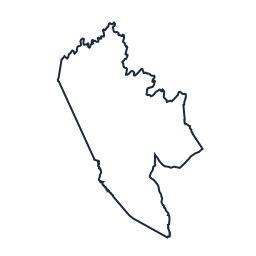 the district of Mazabuka, Southern, Zambia, rotated 9°
{"feature_id": "96606910B8169685936662", "entity_name": "Mazabuka", "entity_type": "district", "adm_level": 2, "iso_a3": "ZMB", "parent_name": "Zambia", "parent_adm1": "Southern", "projection": "equal_earth", "projection_center": [27.75, -15.894], "detail": "fine", "context": "isolated", "style": "outline", "palette": "slate", "viewbox_px": 256, "rotation_deg": 9, "n_neighbors": 0, "source": "geoboundaries", "source_scale": "gbopen_adm2", "svg_char_len": 5702}
<svg xmlns="http://www.w3.org/2000/svg" viewBox="0 0 256 256"><g transform="rotate(9 128 128)"><path d="M180.3,88.5L179.9,86.3L179.8,86.0L179.7,86.1L179.3,85.6L178.7,85.3L177.1,85.9L176.4,85.5L175.6,85.3L174.2,84.3L173.7,84.1L173.2,84.3L172.6,84.7L172.2,85.7L172.1,87.8L171.4,88.3L170.7,89.7L169.4,91.5L168.9,92.6L168.0,93.3L167.0,94.8L166.6,94.9L165.3,94.4L162.3,96.2L162.0,95.6L162.1,94.9L161.8,94.4L159.1,92.5L158.5,91.8L158.4,91.0L158.1,86.7L157.4,85.6L156.2,84.5L155.9,85.0L156.1,85.7L156.0,86.3L155.6,86.6L155.1,86.5L154.1,85.3L153.4,85.0L152.7,85.5L151.7,86.6L150.2,87.6L149.9,88.0L149.1,89.1L148.4,90.7L147.8,91.5L146.1,93.0L145.6,93.1L144.9,92.4L144.1,92.0L143.5,92.0L142.1,92.4L141.0,91.9L141.1,88.2L140.8,87.2L141.2,86.0L141.3,85.7L143.0,84.9L143.5,84.4L144.0,84.5L146.0,83.4L146.8,81.7L147.0,80.9L147.0,78.7L147.3,77.9L147.2,77.6L147.0,77.3L146.6,77.3L145.7,78.5L144.9,78.5L144.8,78.3L144.9,76.7L145.1,75.8L146.0,74.8L146.2,74.2L146.1,73.0L145.8,72.4L143.1,72.6L141.6,71.9L141.4,71.7L140.7,71.3L139.1,70.9L138.9,71.2L138.0,71.2L136.9,70.6L136.6,70.5L135.5,71.2L134.9,71.2L133.0,67.5L132.7,67.4L132.0,67.7L128.8,72.6L127.3,74.5L126.4,75.2L125.9,75.1L125.5,74.8L125.4,74.0L125.6,72.8L125.5,72.4L125.1,71.9L123.6,71.1L122.5,71.3L122.0,71.6L120.7,73.9L119.1,75.4L117.6,75.7L117.5,75.4L117.7,74.3L117.8,71.0L117.9,70.2L117.7,69.8L117.5,69.5L116.7,68.9L115.6,69.1L114.9,68.8L114.2,68.0L113.5,66.5L113.2,65.1L112.1,64.1L112.0,63.7L112.3,63.0L113.0,62.6L113.5,61.8L113.9,60.5L114.2,60.2L115.1,60.1L115.4,59.9L116.1,57.3L116.2,56.5L116.0,55.7L115.3,55.5L114.8,55.8L114.2,55.7L114.0,55.3L114.0,54.2L114.3,51.7L114.4,49.8L114.7,48.8L114.6,48.3L114.4,47.9L113.8,47.4L113.6,47.5L113.6,48.0L113.3,48.0L112.6,46.8L112.2,46.5L111.9,45.3L111.2,44.5L109.7,43.7L109.5,42.9L110.0,40.5L110.0,39.7L109.5,38.2L109.4,37.2L108.9,36.6L108.3,36.6L108.1,36.9L107.8,38.0L107.6,38.2L107.1,38.3L106.0,37.5L105.9,37.2L106.0,37.5L105.1,37.4L104.8,37.4L104.6,37.8L104.3,37.7L103.9,37.1L103.8,35.8L103.3,35.4L102.1,34.9L100.9,35.2L100.6,35.5L99.1,35.1L98.5,34.1L98.0,32.4L97.3,31.0L97.6,30.2L98.5,29.6L99.0,28.5L98.9,27.2L98.6,26.8L98.2,26.7L97.6,26.1L97.3,26.4L97.3,26.8L96.6,27.9L96.3,28.0L95.8,27.8L95.1,28.0L94.4,27.4L93.5,27.4L93.2,27.6L92.8,28.4L92.7,29.4L92.8,30.7L92.5,31.2L92.0,31.6L91.4,31.9L91.2,32.2L91.2,33.3L90.7,33.7L90.4,34.6L90.0,35.0L89.7,35.0L88.7,34.4L88.4,34.5L88.1,34.8L88.0,35.7L89.1,37.5L89.9,40.2L89.9,41.2L89.5,41.5L87.8,41.5L87.1,41.8L87.1,42.5L87.5,43.5L87.5,43.9L87.2,44.1L86.1,44.1L84.7,43.4L84.1,44.0L84.3,44.7L84.9,45.5L85.2,46.1L85.2,46.9L85.0,47.4L84.3,47.7L83.3,47.8L81.8,47.0L80.8,47.5L79.6,46.7L79.0,46.7L78.8,46.9L78.6,47.7L78.7,48.8L80.2,49.6L80.2,50.1L80.0,50.4L78.6,50.8L78.2,51.7L77.8,54.3L77.2,54.7L76.4,54.4L76.1,54.1L75.7,52.9L75.7,51.1L75.4,50.7L74.9,50.8L73.9,52.1L73.1,52.2L71.8,52.7L71.1,52.3L70.7,51.2L70.4,46.9L69.7,46.7L68.8,47.1L67.8,48.2L67.5,49.1L67.5,50.0L68.0,50.9L68.5,53.2L68.4,53.8L67.6,54.5L66.4,54.8L65.5,55.8L65.1,57.3L65.2,58.2L65.5,59.6L65.2,60.6L64.5,61.5L64.2,62.4L63.7,62.9L63.1,62.4L63.0,61.7L62.0,60.5L60.8,60.2L59.3,63.2L58.5,63.8L58.0,65.1L57.9,67.5L56.9,68.9L54.0,66.9L52.6,69.8L51.7,70.7L51.6,89.7L51.1,91.2L51.6,92.6L52.3,92.7L99.8,164.3L99.7,164.5L103.5,165.2L103.4,165.8L103.5,166.0L104.0,165.1L104.5,165.3L104.6,165.5L104.3,166.2L104.5,166.9L104.2,167.7L104.4,167.9L104.8,167.6L105.1,167.7L105.2,167.9L104.9,168.4L104.4,168.3L104.3,168.9L104.5,169.2L104.3,170.0L105.3,170.5L105.7,171.4L105.6,172.1L105.7,172.4L106.0,172.4L106.2,171.7L106.8,172.3L106.7,173.0L107.1,173.1L107.7,173.9L108.2,175.5L108.4,175.8L108.0,177.7L107.7,178.4L107.7,180.9L107.3,182.8L107.4,183.5L107.7,184.2L108.4,184.5L108.7,185.0L108.8,184.8L109.1,184.9L109.2,185.1L109.5,185.0L109.6,185.3L109.8,185.1L110.9,185.2L110.7,185.3L110.8,185.6L111.2,185.7L111.1,185.9L111.5,185.9L111.5,187.3L111.7,187.8L111.9,187.8L112.1,188.2L112.8,188.3L113.2,188.7L113.3,189.0L113.6,189.3L113.8,189.2L114.6,190.2L115.2,189.9L115.4,190.0L116.0,191.3L116.1,191.0L116.4,191.2L116.5,191.7L117.5,192.4L117.8,192.4L117.8,192.7L118.0,192.5L118.3,192.9L119.0,193.1L119.2,193.3L119.1,193.7L119.3,193.7L120.1,194.5L121.2,195.0L121.3,195.3L121.6,195.3L121.6,195.6L122.6,196.2L122.6,196.4L123.3,197.0L123.7,197.0L123.7,197.4L124.1,198.0L142.8,214.0L147.4,216.6L183.9,229.9L184.0,229.5L184.3,229.5L184.5,229.0L185.8,228.9L186.2,228.5L186.0,228.1L186.1,227.9L185.8,227.5L186.0,226.6L185.8,226.6L185.8,226.2L185.6,226.1L185.7,225.7L185.8,225.7L185.7,224.8L185.5,224.7L185.6,224.4L184.9,223.6L184.5,222.2L183.7,221.5L183.5,220.8L183.2,220.6L183.4,219.7L183.0,218.9L182.9,218.2L182.7,217.6L182.9,217.6L183.2,217.1L183.6,216.9L183.6,215.8L183.4,215.2L183.4,212.3L182.7,209.2L182.2,208.1L181.4,207.7L181.1,207.7L181.5,206.7L181.1,205.9L180.3,205.1L179.4,204.6L178.9,203.9L177.9,203.0L177.7,201.9L177.4,201.4L176.8,201.4L176.0,200.9L175.5,198.9L174.3,198.6L172.6,195.9L172.8,192.4L172.3,191.3L171.8,190.7L171.3,189.1L170.4,187.4L169.7,186.9L168.8,185.6L168.3,183.9L166.8,180.1L164.3,177.6L160.9,174.8L160.1,174.8L157.2,173.0L157.0,172.1L157.7,168.7L159.1,165.4L159.0,164.3L159.1,162.1L159.4,161.8L160.1,161.5L160.8,160.3L160.0,158.8L159.7,154.8L159.2,152.7L158.9,150.2L160.5,151.9L161.6,152.6L164.1,155.7L166.3,157.6L168.2,159.0L170.2,160.0L174.8,160.0L175.6,160.4L176.5,160.6L179.5,159.0L185.2,159.3L185.7,159.0L189.8,153.6L193.4,148.3L194.4,146.3L198.3,142.6L201.6,140.7L203.6,138.3L204.9,136.9L192.4,123.3L192.2,122.2L191.6,122.1L190.9,120.7L190.9,119.7L189.9,119.3L189.0,118.2L189.0,116.8L188.8,116.3L187.8,116.3L185.9,115.3L183.6,114.3L183.5,114.7L183.2,114.4L182.4,111.0L182.7,110.8L179.1,96.6L179.8,96.3L179.6,93.1L180.2,90.5L180.0,89.9L180.3,88.5Z" fill="none" stroke="#1e293b" stroke-width="2"/></g></svg>